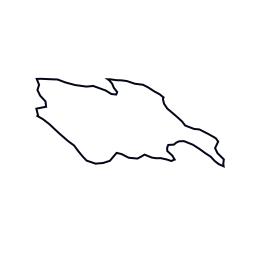 Nyköping, Södermanland, Sweden, rotated 202°
{"feature_id": "70781695B52980930896753", "entity_name": "Nyköping", "entity_type": "district", "adm_level": 2, "iso_a3": "SWE", "parent_name": "Sweden", "parent_adm1": "Södermanland", "projection": "equal_earth", "projection_center": [16.866, 58.841], "detail": "fine", "context": "isolated", "style": "outline", "palette": "ink", "viewbox_px": 256, "rotation_deg": 202, "n_neighbors": 0, "source": "geoboundaries", "source_scale": "gbopen_adm2", "svg_char_len": 1270}
<svg xmlns="http://www.w3.org/2000/svg" viewBox="0 0 256 256"><g transform="rotate(202 128 128)"><path d="M106.5,169.7L107.4,169.9L111.2,171.1L117.3,171.8L124.6,173.2L130.3,173.7L138.3,171.6L146.7,171.1L152.0,169.7L156.6,168.0L162.3,166.6L165.0,165.6L163.3,165.2L159.5,163.3L156.1,159.9L151.5,157.3L151.5,154.6L156.1,153.3L162.8,154.4L172.1,154.1L176.4,153.9L176.8,153.5L182.1,150.8L193.2,148.0L203.1,146.8L211.4,146.6L227.4,140.9L231.0,139.3L226.6,134.7L226.2,129.3L221.6,125.1L214.4,121.7L211.9,117.0L215.2,114.9L220.2,111.6L216.0,105.8L216.4,105.2L210.1,104.3L202.6,102.2L195.4,99.4L189.1,97.0L178.6,93.4L171.5,91.6L165.6,88.0L158.9,84.4L154.3,82.3L153.5,82.3L144.7,82.8L138.0,86.2L132.5,90.8L130.9,95.7L129.2,100.7L124.1,101.4L116.2,100.7L107.8,103.2L105.3,106.1L102.7,109.5L94.8,109.5L90.6,110.5L86.4,112.3L79.7,113.4L75.5,113.6L73.6,115.6L72.9,116.2L76.7,119.1L83.0,121.4L84.3,124.3L84.3,127.4L79.2,129.8L77.9,132.4L75.8,134.7L71.2,136.8L61.6,136.8L53.6,135.3L47.3,133.7L40.6,132.4L35.5,130.0L30.5,128.5L25.0,128.3L26.2,130.4L27.4,134.8L35.6,138.2L39.7,141.9L39.3,149.2L42.8,151.4L51.0,152.5L61.3,153.4L66.3,151.9L75.9,151.7L80.3,154.3L86.2,156.5L90.9,158.1L98.8,160.7L103.7,164.0L106.4,167.8L106.5,169.7Z" fill="none" stroke="#020617" stroke-width="2"/></g></svg>